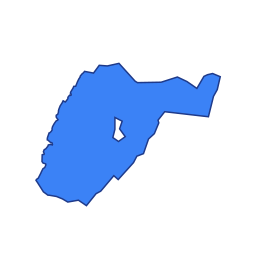 Alleghany, Virginia, United States of America, rotated 348°
{"feature_id": "52423323B98593470147250", "entity_name": "Alleghany", "entity_type": "district", "adm_level": 2, "iso_a3": "USA", "parent_name": "United States of America", "parent_adm1": "Virginia", "projection": "mercator", "projection_center": [-80.111, 37.778], "detail": "fine", "context": "isolated", "style": "filled", "palette": "blue", "viewbox_px": 256, "rotation_deg": 348, "n_neighbors": 0, "source": "geoboundaries", "source_scale": "gbopen_adm2", "svg_char_len": 1648}
<svg xmlns="http://www.w3.org/2000/svg" viewBox="0 0 256 256"><g transform="rotate(348 128 128)"><path d="M107.7,176.4L126.2,163.0L130.8,157.4L137.8,156.3L145.8,143.0L152.6,139.0L159.2,129.4L159.0,126.6L167.3,119.7L209.0,133.7L218.2,114.8L223.3,109.0L228.9,97.0L222.1,92.3L216.8,92.4L213.0,93.3L203.6,103.6L195.3,94.8L186.9,88.4L169.9,90.1L146.7,85.6L144.7,83.7L132.6,62.9L120.7,63.0L112.9,60.7L105.7,67.1L97.3,63.6L97.1,63.8L95.1,65.2L94.3,65.5L92.0,67.4L91.7,68.3L90.1,69.8L88.3,72.1L85.5,76.3L83.6,76.0L82.5,77.6L79.6,80.7L79.0,81.7L78.9,82.3L79.4,82.8L79.3,83.9L78.5,84.2L77.8,83.7L77.6,83.8L75.9,85.2L75.6,85.5L75.4,86.5L75.2,86.9L72.2,89.5L71.0,88.8L70.7,88.2L70.2,87.9L68.8,89.7L66.3,92.2L64.3,95.2L63.4,97.0L63.4,97.8L62.1,100.0L60.6,100.5L60.2,101.3L60.1,102.7L61.3,105.3L60.6,105.8L59.2,106.1L56.8,108.3L55.4,109.9L54.4,111.1L53.5,113.0L53.4,114.1L52.1,115.4L50.5,116.4L50.3,116.5L49.8,116.4L47.3,120.5L46.7,122.0L46.6,122.9L47.1,123.1L49.4,126.3L49.8,126.2L50.6,126.7L50.7,128.4L50.4,128.8L50.1,128.6L48.9,128.1L47.2,127.9L46.4,128.1L45.9,129.1L43.2,131.3L41.5,131.8L40.3,133.7L40.5,134.4L40.7,135.9L40.2,136.4L38.8,136.2L38.5,136.3L36.9,142.9L37.6,144.6L40.0,146.0L40.0,146.9L39.7,147.5L38.3,149.4L36.4,150.1L34.2,152.8L33.3,154.1L29.8,158.4L27.7,159.3L27.1,160.1L28.3,162.9L28.3,163.0L32.0,172.9L34.7,175.9L35.5,176.9L35.6,177.0L36.3,177.2L36.7,177.3L36.8,177.3L39.3,178.3L43.8,180.1L49.1,183.7L53.7,187.9L64.5,188.3L71.2,195.3L83.1,185.6L88.2,184.1L104.2,171.7L107.7,176.4ZM111.2,134.2L114.9,126.6L117.4,115.0L123.7,120.1L119.6,127.1L123.5,135.9L115.9,139.2L111.2,134.2Z" fill="#3b82f6" stroke="#1e3a8a" stroke-width="1.5"/></g></svg>